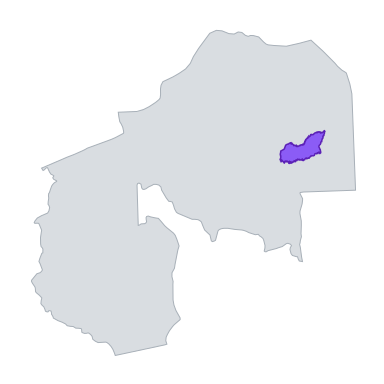 Lukulu, Western, Zambia (highlighted), rotated 178°
{"feature_id": "96606910B66911286782898", "entity_name": "Lukulu", "entity_type": "district", "adm_level": 2, "iso_a3": "ZMB", "parent_name": "Zambia", "parent_adm1": "Western", "projection": "natural_earth1", "projection_center": [23.918, -14.375], "detail": "fine", "context": "in_parent", "style": "filled", "palette": "violet", "viewbox_px": 384, "rotation_deg": 178, "n_neighbors": 0, "source": "geoboundaries", "source_scale": "gbopen_adm2", "svg_char_len": 8343}
<svg xmlns="http://www.w3.org/2000/svg" viewBox="0 0 384 384"><g transform="rotate(178 192 192)"><path d="M262.9,274.3L244.4,274.4L237.6,276.1L232.0,278.7L225.4,282.7L221.6,285.6L220.5,287.1L220.0,290.6L219.9,296.0L219.2,299.8L217.2,303.3L207.2,307.6L200.6,311.1L194.1,315.2L189.2,320.6L185.9,327.2L180.3,335.4L168.7,350.0L162.0,352.7L156.4,352.0L149.6,349.0L144.3,348.4L140.3,350.3L136.6,349.7L133.2,346.7L130.4,345.6L128.1,346.4L125.2,346.2L119.9,344.6L115.2,339.4L112.7,337.2L110.8,336.4L105.3,335.6L92.6,334.4L79.4,336.9L67.8,339.6L56.0,328.0L44.6,315.7L42.2,312.6L37.9,308.5L34.8,306.5L33.6,305.5L30.5,294.5L28.8,284.5L28.5,188.1L80.6,188.1L83.9,187.7L84.1,186.6L81.7,181.5L81.8,179.7L82.4,176.2L84.7,169.2L84.9,166.8L83.8,159.3L83.9,155.0L84.5,146.4L84.2,143.5L85.4,139.7L85.8,137.1L86.3,136.0L85.7,133.1L84.7,122.9L84.0,118.6L87.2,119.3L88.2,121.4L88.8,123.6L90.2,123.8L93.9,125.1L95.2,127.0L96.1,131.1L95.6,133.2L94.4,134.9L95.5,136.4L98.0,137.4L99.5,137.1L103.7,134.3L107.5,133.3L109.5,132.6L118.1,130.7L119.8,129.7L121.0,129.7L121.9,130.5L121.1,133.4L120.9,136.0L121.9,140.8L122.7,143.1L124.5,144.8L125.8,145.6L127.3,147.4L130.2,147.1L136.8,149.5L138.8,150.7L141.6,151.8L143.6,152.3L150.4,153.1L157.6,154.5L161.3,154.6L163.9,154.3L165.8,153.6L166.9,152.8L167.4,152.1L170.2,142.9L171.5,142.2L173.3,141.7L174.4,142.5L175.5,148.3L180.7,153.6L182.4,158.0L183.7,161.8L184.8,162.8L186.8,164.1L190.0,164.6L192.8,164.7L206.7,171.1L208.3,172.3L210.0,175.7L211.0,179.6L212.1,182.7L213.9,183.3L215.5,183.5L217.0,185.6L218.2,187.4L222.3,195.0L222.9,198.1L224.9,200.1L227.6,200.9L230.1,201.0L231.6,200.1L235.2,198.6L238.0,196.8L240.0,196.2L241.2,196.5L242.1,197.8L242.7,201.6L244.7,202.8L246.1,202.3L246.7,200.8L246.7,200.1L246.9,160.5L245.7,160.8L244.0,161.9L240.3,162.0L238.9,162.9L238.4,164.1L238.7,165.8L238.8,168.0L238.2,169.1L236.6,169.5L234.3,168.6L230.0,167.5L226.5,166.8L224.0,163.8L220.5,159.3L218.3,157.1L212.9,152.4L211.9,151.5L210.3,149.3L208.9,145.6L207.6,141.3L206.8,138.5L208.2,134.4L211.4,120.6L212.2,116.4L214.8,112.0L215.0,108.1L214.0,103.2L214.3,100.4L214.7,84.7L214.0,79.7L212.2,74.2L208.3,66.6L208.3,64.9L214.4,60.0L216.2,58.1L219.4,54.1L221.5,50.6L222.9,47.8L223.4,44.3L222.4,40.8L224.4,40.2L274.4,31.3L275.1,33.7L276.6,37.6L278.3,40.5L280.4,43.0L282.2,44.5L283.4,45.0L291.1,44.8L293.9,46.3L296.3,48.3L296.9,51.3L298.4,53.2L300.1,54.6L300.9,54.8L302.1,54.5L304.2,54.4L306.1,55.1L307.0,55.7L307.1,58.2L307.6,59.4L310.2,59.8L312.9,60.0L315.4,61.7L318.2,62.0L321.4,62.7L322.9,64.5L326.3,66.4L330.4,68.1L335.0,70.9L335.1,71.8L335.8,73.4L336.6,74.6L336.7,76.3L337.0,77.9L338.2,78.3L339.2,78.4L340.1,77.2L341.3,77.3L342.6,78.0L343.1,79.9L344.1,82.4L345.8,84.1L346.9,85.7L346.5,88.7L345.8,91.4L348.1,94.1L351.0,96.7L351.8,97.8L352.0,101.7L352.5,103.0L354.5,106.1L355.5,108.2L355.4,109.4L349.9,115.7L346.5,116.7L345.1,118.0L344.2,119.3L346.3,125.6L347.4,127.9L346.4,130.9L344.2,136.0L343.2,136.4L343.0,140.2L343.7,141.6L344.7,142.7L345.1,145.3L345.0,151.8L343.6,159.1L346.0,165.5L346.8,166.2L350.2,166.2L350.8,166.8L349.9,168.6L347.5,171.4L343.2,173.6L337.0,176.0L335.6,178.3L334.8,181.6L335.5,183.6L336.3,184.8L336.0,187.7L335.4,190.8L335.6,193.2L335.3,195.4L334.5,196.4L333.3,199.7L332.0,202.9L330.9,204.4L329.3,206.0L326.9,207.3L326.9,207.9L329.7,209.5L330.4,210.5L330.6,211.2L329.5,212.9L330.7,213.9L332.3,214.7L333.7,216.9L335.4,221.0L335.7,221.4L336.2,221.4L337.1,221.0L338.8,219.3L340.1,218.7L341.5,221.1L315.5,231.2L309.4,233.3L300.3,236.9L297.4,238.2L295.0,239.5L270.8,247.4L267.0,248.9L258.5,253.0L258.2,253.7L258.3,255.5L259.0,259.3L260.5,262.7L261.7,264.7L262.5,269.8L262.9,274.3Z" fill="#d9dde1" stroke="#a8b0b8" stroke-width="1"/><path d="M74.3,221.7L73.7,221.8L73.7,222.1L73.6,222.3L73.2,222.5L72.4,223.3L72.0,223.4L71.9,223.9L71.4,223.9L70.9,224.1L69.7,223.9L68.5,224.3L68.2,225.0L67.9,225.7L67.7,226.0L66.8,226.1L66.5,226.2L66.3,226.0L66.1,226.3L65.8,226.3L65.6,226.1L65.4,226.1L65.5,226.3L65.1,226.9L64.8,226.9L64.4,226.7L64.2,226.7L64.0,226.8L63.7,227.4L63.2,227.0L63.1,226.6L63.3,226.3L63.1,226.0L62.9,226.0L62.7,226.1L62.7,226.4L62.8,226.6L62.7,226.7L62.1,226.7L61.9,227.4L62.2,228.4L62.2,229.1L62.3,229.6L62.5,230.2L62.8,230.4L62.9,230.6L62.9,231.2L63.6,232.6L63.6,233.4L63.0,234.4L62.1,235.2L61.7,236.0L61.6,236.3L61.6,237.2L61.1,237.7L60.6,237.8L60.5,239.1L60.2,239.6L60.1,240.5L59.6,240.8L59.4,241.1L59.2,242.0L59.1,242.4L59.3,242.8L59.1,243.4L59.0,243.5L58.5,243.6L58.2,243.9L58.3,244.5L58.1,244.9L57.6,246.0L57.7,247.0L57.1,247.6L57.1,247.9L57.5,248.6L58.1,248.3L58.3,248.0L58.5,247.9L58.6,247.7L58.8,247.4L59.1,247.3L59.3,247.0L59.4,246.9L59.5,246.8L59.7,246.7L60.0,246.7L60.3,246.8L60.7,246.6L61.0,246.7L61.3,246.6L61.3,247.1L61.7,247.0L61.8,247.3L62.1,247.3L62.2,247.7L62.4,247.7L63.0,247.5L63.4,247.7L63.6,247.5L63.8,247.6L64.3,247.3L64.3,247.5L64.6,247.6L64.6,247.3L65.2,247.2L65.3,246.9L66.1,247.1L66.6,246.8L67.0,246.8L67.4,246.4L68.1,246.0L68.2,245.7L68.7,245.2L69.1,245.3L69.9,245.0L70.7,245.4L71.2,245.3L71.3,245.0L71.5,245.0L71.6,244.8L71.5,244.3L71.6,244.2L72.0,244.1L72.1,243.7L72.5,243.4L72.8,243.5L73.1,243.4L73.2,243.5L73.2,243.2L73.3,243.2L73.5,243.0L73.5,242.9L73.9,242.8L74.0,242.7L74.1,242.4L74.3,242.5L74.3,242.3L74.4,242.1L74.5,242.2L74.8,241.8L75.0,241.8L75.2,241.7L75.2,241.3L75.4,241.2L75.5,241.3L75.8,241.0L76.0,240.9L76.1,240.7L76.3,240.5L76.3,240.4L76.6,240.3L76.6,239.5L77.0,239.3L76.9,239.1L77.1,238.6L77.3,238.6L77.4,238.4L77.5,238.4L77.5,238.1L77.5,237.9L77.8,237.8L78.0,237.5L77.8,236.9L77.8,236.7L78.0,236.4L78.4,236.3L78.4,236.2L78.6,236.1L78.5,235.9L78.5,235.7L78.7,235.4L78.9,235.4L78.9,235.5L79.1,235.5L79.2,235.9L79.4,236.0L79.6,235.8L79.8,235.7L79.9,235.3L79.9,235.1L80.3,235.1L80.5,235.2L81.1,235.4L81.4,235.4L81.5,235.2L81.7,234.9L81.8,235.0L82.0,234.8L82.4,234.8L82.7,234.8L82.7,234.7L83.0,234.7L83.3,234.4L83.5,234.2L83.8,234.2L84.0,234.1L84.4,234.2L84.6,234.1L84.9,233.9L85.0,234.0L85.0,233.9L85.3,234.0L85.3,233.9L85.4,234.1L85.5,234.0L85.9,234.1L86.1,234.6L86.2,234.4L86.3,234.6L86.5,234.6L86.8,234.5L87.4,234.6L87.5,234.7L87.4,235.1L87.6,235.2L87.9,235.1L88.5,235.1L88.8,235.0L88.9,235.6L89.0,235.7L89.4,236.1L89.7,236.1L89.9,236.3L90.0,236.5L90.1,236.4L90.3,236.4L90.2,236.9L90.3,237.0L90.6,236.8L90.8,236.8L90.6,237.4L91.0,237.6L91.6,237.3L91.6,237.5L91.6,237.8L92.1,237.7L92.6,237.4L93.2,237.2L93.6,236.8L94.0,236.6L94.5,236.4L95.1,236.5L96.1,235.8L96.5,235.7L96.8,235.5L97.2,234.4L97.2,234.1L97.5,233.8L97.7,233.2L97.8,233.0L98.0,232.6L98.0,232.2L98.6,231.5L101.9,229.8L102.0,228.3L102.2,228.0L102.5,226.6L102.4,226.2L102.4,225.8L102.2,225.7L102.1,225.4L102.2,225.0L102.1,224.8L102.2,224.6L102.0,224.2L102.0,223.8L102.3,222.8L102.8,221.4L102.7,221.3L102.7,221.1L102.3,220.4L102.3,219.9L102.3,219.4L102.2,219.6L101.9,219.6L101.8,219.2L101.4,219.5L101.7,219.7L101.8,220.2L101.6,220.3L101.4,220.3L101.4,220.6L101.2,220.3L101.1,220.1L100.7,220.3L100.6,220.1L100.7,219.9L100.7,219.7L100.3,219.7L100.0,219.4L99.7,219.1L99.6,218.7L99.2,218.5L99.0,218.0L98.8,217.7L98.7,217.7L98.6,217.9L98.7,218.1L98.6,218.4L98.1,218.8L98.5,219.2L98.2,219.3L97.9,219.5L97.5,219.1L97.3,219.0L97.2,219.1L97.1,219.6L96.7,219.6L96.5,218.9L96.2,218.9L95.7,219.4L95.4,219.3L95.3,219.1L95.2,219.2L94.7,218.9L94.3,218.8L94.2,218.7L94.5,218.2L94.3,217.8L94.3,217.6L94.1,217.6L93.8,217.2L93.6,217.3L93.6,217.9L93.4,218.0L93.2,217.8L93.3,218.1L93.3,218.3L93.7,218.4L93.7,218.7L93.6,218.9L93.3,218.5L93.2,218.7L93.4,218.9L93.3,219.0L93.1,218.8L92.7,218.8L92.6,218.4L92.3,218.1L92.3,217.9L92.0,218.0L91.8,218.3L91.5,217.9L91.8,217.8L91.9,217.6L91.5,217.7L91.4,217.6L91.2,217.9L91.0,218.1L90.7,217.9L90.5,218.0L90.2,218.6L89.9,218.7L89.6,218.5L89.3,218.5L89.2,218.9L88.8,219.7L88.3,219.6L88.1,219.4L87.9,219.5L87.9,219.2L87.9,218.9L87.6,218.8L87.5,219.3L87.3,219.3L87.2,219.4L87.3,219.8L87.1,220.2L86.9,220.4L86.6,220.2L86.7,219.9L86.7,219.7L86.1,219.7L86.0,219.9L85.8,220.6L85.6,220.6L85.3,220.5L85.2,220.5L85.5,220.9L85.4,221.1L84.9,221.0L84.5,220.7L84.0,220.8L83.9,220.5L83.4,220.2L83.2,220.3L83.1,220.6L82.6,220.3L82.3,220.4L81.9,220.1L81.6,220.1L81.3,220.7L81.0,220.7L80.7,220.9L80.6,221.0L80.2,220.5L80.2,219.9L80.2,219.7L79.6,219.6L79.5,219.8L79.5,220.1L79.3,220.3L79.0,220.4L78.6,220.2L78.3,220.3L78.1,220.6L77.8,221.2L77.4,221.7L76.6,221.9L76.5,221.5L76.2,221.2L75.7,221.3L75.3,221.7L75.0,221.7L74.6,221.9L74.3,221.7Z" fill="#8b5cf6" stroke="#5b21b6" stroke-width="1.5"/></g></svg>